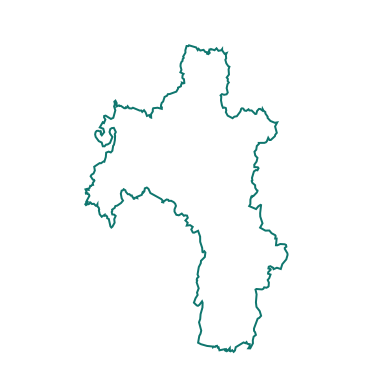 Ambositra, Amoron'i Mania, Madagascar, rotated 195°
{"feature_id": "10022922B13687813160362", "entity_name": "Ambositra", "entity_type": "district", "adm_level": 2, "iso_a3": "MDG", "parent_name": "Madagascar", "parent_adm1": "Amoron'i Mania", "projection": "natural_earth1", "projection_center": [47.304, -20.561], "detail": "fine", "context": "isolated", "style": "outline", "palette": "teal", "viewbox_px": 384, "rotation_deg": 195, "n_neighbors": 0, "source": "geoboundaries", "source_scale": "gbopen_adm2", "svg_char_len": 6052}
<svg xmlns="http://www.w3.org/2000/svg" viewBox="0 0 384 384"><g transform="rotate(195 192 192)"><path d="M93.3,70.5L94.8,72.9L96.1,73.9L96.8,76.1L95.8,86.6L94.4,87.9L93.2,90.3L95.8,94.5L100.0,97.7L101.7,102.0L103.1,109.8L105.4,114.2L104.6,115.0L99.2,116.0L98.0,117.0L97.6,118.6L95.3,118.8L94.0,120.0L93.6,120.8L94.3,124.4L96.1,126.6L95.1,128.8L94.8,132.6L97.4,132.8L97.6,134.3L95.9,137.3L96.2,137.8L98.4,137.9L98.5,139.7L97.1,140.6L94.0,139.8L93.2,138.6L90.4,140.8L86.3,140.6L86.1,145.7L83.5,151.3L83.4,156.0L84.0,157.5L87.7,161.1L87.9,162.1L86.7,163.6L87.5,165.2L88.9,165.5L93.3,164.6L95.8,162.6L97.1,162.3L98.2,168.9L99.6,168.6L99.8,171.1L100.4,171.8L104.5,172.8L107.3,174.8L111.2,173.7L117.0,175.2L115.8,180.0L119.7,185.9L120.7,189.2L121.9,197.2L122.5,197.3L124.2,195.4L125.7,192.1L133.1,193.2L132.5,195.4L133.6,199.7L133.5,202.7L132.8,202.7L132.8,203.8L131.7,203.9L129.3,208.2L129.0,209.8L129.1,210.4L130.2,210.7L132.0,212.4L132.8,214.9L136.1,216.5L137.2,218.1L136.7,218.9L137.7,221.1L137.5,227.9L135.9,229.8L134.4,229.9L133.9,232.2L134.8,232.9L138.2,232.2L138.9,234.4L137.5,238.1L137.6,241.9L140.3,243.6L142.1,247.1L140.9,249.5L141.3,253.2L139.8,255.8L140.2,256.7L134.8,258.2L133.4,259.2L132.8,260.5L132.4,264.1L130.6,262.3L129.4,262.6L126.4,267.3L126.4,268.9L125.4,271.1L128.7,276.8L127.7,281.3L129.9,280.3L134.6,280.9L138.2,283.2L138.4,284.3L141.4,286.8L141.9,288.2L144.0,289.1L145.3,290.5L145.1,288.9L147.7,289.9L148.8,289.6L150.1,287.1L150.1,284.2L151.1,283.7L155.5,286.2L157.7,285.6L158.8,286.5L160.6,284.4L162.4,284.3L164.0,285.8L165.4,285.8L166.0,285.1L166.1,282.3L168.3,276.8L170.6,275.7L171.9,273.8L177.3,275.0L180.0,277.9L180.0,279.5L181.0,281.8L182.4,282.0L183.8,281.3L185.5,283.5L187.7,288.0L188.4,291.7L189.4,292.7L188.4,294.3L186.2,294.2L183.9,295.3L183.2,297.3L185.4,301.3L185.6,305.3L184.8,307.3L186.3,308.5L186.6,310.5L188.1,311.6L186.7,315.0L188.4,319.9L188.3,322.7L189.5,322.9L192.1,325.1L194.0,328.3L193.6,330.0L194.8,333.2L194.5,335.2L196.3,333.9L199.6,336.7L199.9,337.8L200.4,336.5L203.0,335.2L205.5,337.1L206.9,334.8L210.6,335.0L210.7,334.4L212.0,334.2L212.1,332.5L210.9,331.0L211.9,329.4L213.3,329.5L213.3,331.0L215.4,330.7L217.6,332.3L220.6,330.8L222.7,332.0L223.2,330.6L225.4,332.7L232.9,332.9L233.2,332.0L235.0,331.6L235.1,327.2L234.4,324.9L235.6,320.5L234.7,319.4L235.4,317.9L235.1,316.1L235.8,315.0L236.1,312.9L235.7,310.6L233.8,307.2L234.2,304.6L230.7,303.9L231.3,302.3L231.0,300.2L230.5,299.4L229.0,298.9L227.6,295.3L228.1,294.8L230.0,295.0L229.6,294.2L230.3,293.4L230.1,291.2L232.5,289.2L232.2,288.3L233.1,284.9L238.8,280.9L240.7,280.2L241.0,278.6L243.1,276.7L243.3,271.9L244.3,270.3L244.4,268.0L244.1,266.5L243.0,266.0L242.7,264.5L247.0,264.5L251.1,262.9L251.3,261.8L250.7,259.6L251.7,256.5L250.7,253.3L251.7,253.4L253.3,255.2L255.2,253.8L257.4,256.9L259.5,258.6L260.8,256.5L262.0,257.6L263.5,257.1L270.9,258.1L272.0,257.0L274.3,256.6L276.4,258.2L276.9,256.5L277.9,256.6L278.0,255.7L279.1,255.4L283.0,256.8L284.2,256.3L284.9,256.8L287.0,255.1L287.8,258.4L289.6,260.4L290.4,259.2L289.2,257.0L289.4,254.5L287.2,251.1L287.2,243.3L289.2,241.6L295.2,243.4L296.5,242.7L296.3,241.4L294.4,239.5L294.9,235.7L295.7,235.7L296.0,237.2L297.8,230.5L294.1,230.2L292.3,227.1L293.8,223.4L295.1,224.3L295.4,226.3L296.0,227.1L296.4,226.6L298.5,226.9L299.9,226.3L300.6,224.8L300.5,222.6L299.3,220.3L295.2,217.0L292.0,216.4L290.0,213.1L288.3,213.5L287.3,215.5L285.8,216.1L283.9,218.2L283.1,224.6L285.9,226.8L287.2,228.6L287.2,231.6L286.1,232.9L284.1,233.7L281.1,230.2L281.6,227.8L280.8,226.3L279.9,222.0L279.6,217.5L280.1,216.2L279.6,211.2L280.7,209.2L283.0,209.4L285.1,207.8L284.3,203.5L284.5,198.8L285.0,199.0L287.4,196.2L288.7,196.0L293.0,191.1L291.4,187.6L291.9,184.4L293.5,182.7L294.0,181.0L291.0,178.3L289.8,178.4L289.2,177.7L290.2,174.8L289.4,173.3L290.5,172.8L291.0,171.7L291.9,171.6L292.0,169.4L292.9,168.3L292.4,167.3L293.4,167.2L294.1,167.9L295.6,167.0L294.1,165.3L294.4,163.7L294.0,163.0L292.6,163.8L292.2,163.0L290.9,163.0L290.1,161.7L291.3,156.8L291.1,156.0L290.4,155.7L290.4,154.7L291.6,154.9L291.4,153.4L291.9,152.6L291.0,151.9L289.6,153.4L288.8,153.4L288.0,154.2L288.2,155.4L287.5,155.7L285.5,154.5L283.7,155.2L281.4,153.8L280.6,154.1L280.2,155.6L279.7,153.6L278.1,152.8L277.1,151.0L277.2,150.2L275.4,146.6L272.8,144.7L270.4,147.5L270.0,146.5L268.8,147.0L267.6,146.3L267.1,144.7L265.4,144.4L261.9,137.7L260.7,136.8L259.9,137.9L258.8,142.3L260.1,145.7L259.5,149.1L261.3,150.0L263.2,149.7L264.4,151.9L264.1,153.1L264.6,154.3L262.6,156.6L262.4,158.6L260.7,159.5L257.7,163.0L256.4,165.8L258.3,167.7L260.3,171.9L260.3,175.1L259.2,175.8L258.7,177.0L256.8,176.4L256.0,175.1L253.4,173.3L251.8,173.7L250.3,172.7L249.3,173.1L247.7,171.3L246.9,171.3L246.5,170.4L245.9,170.6L245.8,171.5L245.0,172.0L243.3,171.9L243.9,173.1L239.8,176.2L239.6,179.3L239.1,179.8L238.7,179.2L238.2,180.3L238.5,183.3L236.8,184.6L234.9,183.8L231.9,180.2L219.8,177.2L218.1,176.1L218.2,174.5L217.0,174.5L217.1,175.3L214.6,178.2L212.9,178.3L212.2,177.4L209.8,178.1L207.1,177.5L205.2,176.3L203.9,174.4L204.4,170.8L203.8,168.5L201.2,165.9L198.7,166.1L196.3,168.5L193.6,166.9L192.7,167.7L190.7,167.9L189.4,166.0L191.0,162.8L188.2,161.2L188.4,158.2L185.2,159.5L182.3,158.5L183.0,155.6L180.7,153.1L179.5,153.2L176.1,156.1L172.6,151.0L171.2,146.0L167.7,140.6L166.4,136.8L165.7,136.6L164.8,138.0L163.4,137.0L162.8,132.5L165.5,127.9L165.1,125.4L166.0,121.3L165.3,113.8L163.7,111.8L164.8,109.8L164.7,108.3L164.1,108.0L164.1,105.9L160.6,100.7L161.1,96.1L159.9,94.0L161.1,90.3L161.5,85.6L158.1,83.7L156.8,83.6L155.6,85.0L154.0,89.0L153.1,87.8L152.0,83.1L152.1,76.2L151.2,71.4L151.5,68.0L147.2,60.5L147.1,57.3L147.7,54.8L147.1,48.0L143.9,47.3L137.6,47.2L132.0,48.1L131.6,47.5L131.2,48.3L129.7,48.3L129.3,49.2L128.0,49.9L126.9,48.4L126.2,48.9L124.5,46.2L119.6,48.7L119.1,47.5L117.9,47.2L117.8,48.7L116.5,47.9L115.1,51.0L114.3,48.2L113.5,48.1L112.2,49.6L110.4,48.4L109.5,50.1L109.6,53.4L103.3,60.0L101.3,59.8L100.5,61.1L99.3,59.7L96.8,59.9L96.5,57.3L97.1,55.6L95.3,56.0L94.0,61.6L94.9,64.6L95.0,68.2L93.3,70.5Z" fill="none" stroke="#0f766e" stroke-width="2"/></g></svg>